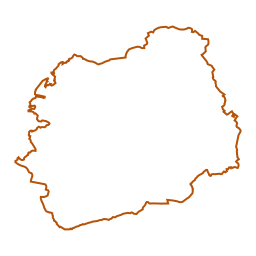 outline of Simonesti, Harghita, Romania
{"feature_id": "2599482B29227136625242", "entity_name": "Simonesti", "entity_type": "district", "adm_level": 2, "iso_a3": "ROU", "parent_name": "Romania", "parent_adm1": "Harghita", "projection": "natural_earth1", "projection_center": [25.11, 46.356], "detail": "fine", "context": "isolated", "style": "outline", "palette": "amber", "viewbox_px": 256, "rotation_deg": 0, "n_neighbors": 0, "source": "geoboundaries", "source_scale": "gbopen_adm2", "svg_char_len": 5671}
<svg xmlns="http://www.w3.org/2000/svg" viewBox="0 0 256 256"><path d="M186.2,199.1L188.8,197.4L192.4,193.4L192.8,191.2L192.6,189.8L193.0,188.9L192.2,187.7L192.3,187.1L191.3,185.2L190.9,185.0L190.5,184.5L190.6,183.5L191.4,183.3L193.1,181.3L194.3,180.5L194.8,180.1L195.4,178.7L197.0,177.2L197.4,176.5L198.9,175.3L202.8,173.2L203.2,172.4L204.2,171.4L206.2,169.9L207.2,170.0L207.9,172.2L208.7,173.4L209.0,174.7L209.8,175.6L210.3,175.6L210.7,175.9L211.0,175.7L211.1,174.8L211.9,174.3L212.7,174.1L215.2,174.2L219.5,173.7L220.9,174.2L222.0,174.0L222.7,172.7L223.4,172.3L223.8,171.5L224.2,171.5L225.3,172.3L226.9,171.2L226.6,170.2L226.6,169.1L228.1,169.2L228.2,168.7L229.1,167.4L229.4,167.4L230.8,168.2L231.1,167.2L232.7,167.9L233.4,167.4L234.9,167.0L237.0,167.8L237.8,167.9L238.6,165.8L238.4,163.9L237.8,163.1L236.9,162.5L236.1,161.6L237.1,160.4L238.8,159.3L238.2,158.2L237.4,157.4L237.4,155.8L237.0,154.6L237.1,152.8L236.8,152.0L236.8,151.1L237.2,150.5L236.7,148.4L236.1,146.8L238.5,135.2L240.4,131.8L240.6,130.8L240.4,130.0L238.8,128.1L237.0,127.1L236.4,125.8L237.1,123.4L236.4,121.8L234.6,120.4L235.8,118.6L236.0,118.0L237.4,116.3L235.2,114.7L235.2,115.0L234.0,115.7L233.8,116.9L232.2,115.9L233.2,114.4L233.3,113.6L231.9,111.3L229.8,112.7L228.7,113.7L226.9,114.6L223.6,111.8L224.6,110.9L223.0,109.5L222.1,106.7L223.7,105.8L224.5,104.7L224.7,103.7L224.5,103.4L225.0,102.2L225.1,100.6L225.2,100.2L225.4,100.2L224.9,98.1L224.1,96.7L222.8,96.2L222.7,95.8L224.4,94.5L220.1,91.5L216.0,86.3L215.9,84.7L215.4,82.5L215.8,81.8L215.7,81.6L215.3,80.8L214.1,80.0L213.2,78.9L212.8,77.5L213.3,77.1L213.0,76.0L213.0,75.1L212.3,72.2L214.3,69.6L212.5,67.2L212.1,66.2L211.3,65.6L207.8,64.2L207.4,63.4L207.3,62.5L206.6,61.3L201.7,55.2L201.6,54.8L202.6,54.4L205.8,51.4L205.5,49.6L205.5,48.1L205.3,47.4L206.0,46.3L207.6,45.1L208.4,44.0L208.5,41.2L208.0,39.2L202.2,38.8L202.2,35.9L199.2,34.8L198.7,34.3L198.5,33.7L195.0,30.9L193.3,32.2L191.9,31.9L192.1,30.3L192.0,29.2L190.9,28.4L189.0,27.8L188.1,27.9L186.3,28.9L183.9,29.5L181.3,29.5L179.2,29.3L174.1,27.2L173.0,26.6L172.2,26.6L168.2,28.0L166.4,26.9L165.8,26.8L160.2,27.3L157.9,28.1L156.4,28.8L154.3,30.1L153.2,32.4L151.1,31.7L147.9,33.2L148.9,35.7L145.6,38.5L147.3,42.8L146.7,44.2L144.1,45.6L144.3,48.1L141.4,48.0L140.7,47.4L139.6,46.9L137.4,46.7L132.2,48.1L129.0,49.4L127.1,51.8L126.0,54.4L125.6,56.2L125.6,57.5L110.2,59.4L109.1,60.5L107.0,61.0L104.5,62.0L102.6,63.0L101.1,63.6L99.7,63.9L98.9,64.4L97.6,64.1L95.1,62.6L92.6,61.6L89.6,61.3L87.1,60.5L84.4,59.0L83.0,58.9L82.8,58.1L82.4,57.5L81.3,56.8L80.7,56.1L77.5,56.1L76.8,55.9L76.0,55.2L74.4,54.5L73.3,55.7L72.4,57.5L70.8,58.6L69.5,58.8L68.9,59.2L69.2,60.2L69.0,60.6L68.5,61.1L68.1,60.8L66.8,61.5L66.7,62.3L65.9,62.9L65.4,62.6L64.0,63.0L62.5,64.1L62.5,63.0L63.2,62.3L62.8,62.0L60.9,62.4L58.6,64.3L58.6,65.5L55.7,68.8L54.3,69.8L53.9,70.4L53.7,72.0L53.3,72.1L53.6,72.2L54.2,73.2L53.9,73.7L52.1,73.4L51.5,73.1L51.5,73.4L52.1,74.0L52.7,74.1L52.7,74.7L53.7,75.1L54.0,75.8L55.1,76.6L54.4,79.5L54.6,79.9L54.3,80.1L54.0,80.5L54.2,80.8L54.7,80.5L54.6,81.6L55.1,82.0L55.5,83.1L52.9,85.1L51.5,85.6L50.0,84.5L50.6,83.9L50.1,83.8L50.1,84.1L48.1,85.3L47.9,85.3L47.8,85.0L47.6,84.9L46.3,85.5L45.6,87.1L44.9,86.4L45.2,85.0L46.5,82.3L46.8,82.0L46.7,81.6L47.5,81.3L46.7,80.0L48.1,78.8L47.8,78.3L45.2,79.4L42.6,80.9L36.1,89.2L36.1,89.5L35.7,89.8L35.8,90.4L35.5,90.8L35.0,92.3L35.0,94.3L36.3,95.0L39.1,95.4L44.7,96.7L44.7,97.6L43.6,98.0L42.2,97.3L36.8,96.5L36.4,96.3L35.9,96.5L35.7,97.6L35.3,98.1L33.3,98.6L32.6,99.3L32.0,99.6L30.8,101.3L29.6,102.3L30.2,103.7L30.4,104.8L29.3,106.3L29.3,107.0L29.5,107.2L30.0,107.4L30.5,107.3L31.8,106.0L34.6,105.7L35.2,106.4L35.1,107.4L34.3,108.9L32.0,108.8L31.0,109.5L29.8,109.7L28.4,110.4L28.5,111.3L31.5,111.4L33.2,112.0L33.8,112.5L34.3,113.6L35.6,113.4L37.8,115.6L37.0,118.6L37.0,119.2L38.6,121.2L41.1,121.5L42.3,120.4L46.2,121.2L48.7,122.5L49.5,123.6L48.6,124.8L46.5,125.3L45.4,126.8L44.7,127.2L41.5,127.1L40.4,127.7L39.6,127.0L38.9,126.7L38.4,126.9L37.1,128.0L37.1,128.6L35.6,130.2L32.1,131.5L31.9,130.7L30.3,130.7L29.8,131.4L29.1,131.9L29.2,133.0L28.8,135.3L29.3,136.0L30.2,136.1L29.9,137.7L29.3,138.7L29.8,138.9L30.6,140.2L30.8,142.0L32.1,143.4L35.5,149.0L35.6,149.7L35.5,150.9L33.3,150.6L32.1,150.7L30.7,151.7L30.4,152.3L29.9,152.7L29.0,152.4L28.3,153.0L28.1,154.9L27.2,155.2L26.2,156.3L24.7,157.3L24.1,158.1L24.0,159.5L22.8,160.0L21.3,159.9L19.9,158.9L18.5,157.3L17.5,158.3L17.6,159.5L17.1,160.0L15.4,161.0L15.4,162.2L18.1,164.2L20.5,165.4L24.0,166.5L26.0,167.5L27.4,169.0L29.1,172.3L31.4,173.2L32.2,174.3L32.4,175.8L31.0,180.2L30.8,181.6L45.1,184.3L46.1,185.5L46.4,187.2L45.8,189.6L48.0,190.2L48.7,191.5L47.6,195.5L46.1,196.3L44.1,197.0L40.9,196.9L40.7,198.0L41.3,200.3L43.3,204.6L44.3,207.8L45.5,210.2L46.1,211.1L46.8,211.6L48.6,212.1L49.4,212.6L50.7,212.5L52.2,213.2L52.5,215.1L52.9,215.8L52.8,217.5L54.0,219.7L54.0,220.6L55.2,221.2L55.7,221.8L55.9,222.3L56.7,222.7L56.8,224.0L59.7,227.2L60.4,226.7L64.8,229.4L69.9,229.3L70.4,228.6L70.8,228.5L71.8,229.2L72.2,229.0L72.9,228.1L74.7,227.6L75.5,226.9L78.6,226.1L80.3,225.0L81.3,225.0L82.8,224.1L83.7,224.5L84.7,224.2L88.4,222.9L91.6,222.1L92.2,221.7L97.3,221.0L99.9,220.1L102.3,219.8L103.0,219.3L104.0,219.0L105.2,219.2L106.1,219.1L108.8,219.9L110.4,218.9L111.3,218.7L112.8,217.1L115.2,217.3L116.9,216.2L121.4,214.7L122.9,213.8L127.7,212.9L130.1,213.3L131.5,212.4L132.6,212.8L134.0,213.8L136.6,214.0L137.7,212.6L139.3,211.3L142.7,209.4L142.7,208.2L143.1,207.3L144.0,206.4L145.3,204.7L146.2,202.5L146.8,202.0L148.0,202.1L148.5,202.7L149.6,203.5L153.1,203.4L161.4,203.6L168.2,203.5L167.3,199.9L173.0,200.5L177.1,201.3L179.2,202.0L180.7,202.2L182.6,201.8L186.2,199.1Z" fill="none" stroke="#b45309" stroke-width="2"/></svg>